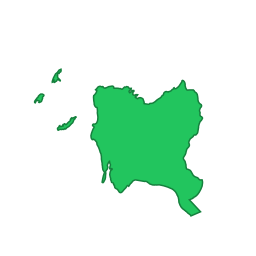 the district of Ilha De Moçambique, Nampula, Mozambique, rotated 200°
{"feature_id": "85939544B37446089230364", "entity_name": "Ilha De Moçambique", "entity_type": "district", "adm_level": 2, "iso_a3": "MOZ", "parent_name": "Mozambique", "parent_adm1": "Nampula", "projection": "equal_earth", "projection_center": [40.649, -15.056], "detail": "fine", "context": "isolated", "style": "filled", "palette": "green", "viewbox_px": 256, "rotation_deg": 200, "n_neighbors": 0, "source": "geoboundaries", "source_scale": "gbopen_adm2", "svg_char_len": 5893}
<svg xmlns="http://www.w3.org/2000/svg" viewBox="0 0 256 256"><g transform="rotate(200 128 128)"><path d="M91.1,190.9L92.2,191.4L93.0,191.4L93.4,191.0L93.2,189.8L94.4,184.8L94.8,183.9L95.8,182.2L96.4,181.4L97.2,181.0L97.9,181.0L98.4,181.6L98.8,181.2L98.6,180.2L99.5,179.5L100.4,177.5L101.1,176.8L102.4,175.9L102.5,175.6L103.2,175.5L104.4,175.4L105.3,174.9L106.1,173.7L106.3,172.8L106.1,171.4L106.2,171.0L106.9,170.4L107.4,168.6L107.7,167.7L109.4,165.6L110.6,163.9L111.4,162.2L112.9,160.2L113.9,159.4L115.8,158.6L116.3,157.6L117.1,157.2L121.1,156.4L121.3,156.6L121.5,157.3L121.7,157.8L123.4,159.9L124.1,160.6L125.4,160.8L126.5,160.8L127.6,160.4L128.4,159.8L128.8,159.0L129.1,158.8L129.6,158.8L130.1,159.2L131.3,159.1L131.6,159.3L131.7,159.7L131.7,160.2L130.8,161.1L130.4,161.7L130.3,162.6L132.0,162.1L132.5,161.5L133.3,161.0L134.0,160.9L134.9,161.1L135.2,161.7L135.2,162.1L135.4,162.6L135.9,162.9L135.9,163.4L135.3,163.8L135.0,164.4L135.3,165.2L135.9,165.1L136.9,164.6L137.5,163.9L137.7,162.8L138.2,161.8L138.5,161.7L139.4,162.4L139.6,163.2L139.3,163.7L139.0,164.5L138.3,165.5L138.5,166.4L139.8,165.8L140.5,165.8L141.2,166.1L141.7,166.6L143.4,166.5L144.3,165.5L145.3,165.3L146.6,162.6L147.0,162.3L148.6,162.5L150.0,162.0L150.8,162.0L154.7,160.6L155.2,160.8L155.3,161.4L155.7,161.9L156.3,162.1L157.2,162.0L160.4,160.2L161.8,158.7L162.6,158.2L162.7,157.8L163.4,157.5L165.0,157.6L165.6,158.3L166.2,158.2L166.9,157.7L168.4,157.7L169.3,157.2L170.0,156.5L170.5,155.7L170.7,154.6L171.6,152.8L171.4,152.7L170.2,152.7L170.0,151.8L170.0,150.5L170.2,149.4L170.8,147.6L171.3,146.7L171.0,145.3L169.6,142.1L168.5,140.2L167.7,138.4L166.5,137.2L165.7,136.7L165.0,136.5L164.3,136.7L163.8,136.3L162.5,133.5L162.0,131.7L160.0,128.0L159.3,125.5L159.1,124.2L159.2,121.9L160.1,120.6L161.2,120.0L161.8,119.9L162.2,119.4L162.3,118.6L162.0,118.0L160.8,117.8L160.3,117.4L160.1,116.7L160.4,115.7L160.5,113.9L160.5,110.6L160.2,108.1L159.2,106.1L158.5,105.4L157.7,104.9L157.1,105.0L156.8,105.6L155.7,105.5L154.9,105.3L152.7,104.0L152.3,103.6L151.7,102.3L151.2,101.6L149.5,100.2L148.1,98.7L146.6,96.8L145.9,95.8L144.5,94.4L143.1,91.8L142.3,89.6L140.1,85.8L139.7,84.6L139.0,83.5L138.6,82.5L137.3,80.2L136.4,79.4L135.1,78.5L134.9,78.0L134.8,74.8L134.4,71.6L133.8,68.2L133.3,68.0L132.8,68.1L132.6,68.3L132.4,68.9L132.0,72.0L132.2,73.6L133.0,76.2L133.3,77.7L134.1,79.3L134.1,80.0L133.4,82.5L133.5,84.3L134.6,85.6L134.7,86.5L134.6,88.3L134.3,89.4L134.3,90.1L134.0,90.4L132.9,88.5L132.0,87.7L131.8,87.1L131.7,85.3L131.2,83.4L130.7,83.4L130.1,84.0L129.3,84.3L128.8,84.0L128.8,83.6L129.4,82.7L129.7,82.1L129.7,81.2L129.6,79.9L129.2,77.9L127.7,75.5L127.1,74.8L126.5,73.3L125.8,72.8L125.1,71.6L124.7,71.3L123.2,71.3L122.2,70.4L122.2,69.9L121.8,69.6L121.1,69.4L120.9,69.1L120.6,68.3L119.9,67.5L119.3,67.1L116.9,66.7L114.1,64.7L113.2,64.6L112.5,64.9L112.0,65.4L111.5,66.3L110.6,68.8L109.6,71.0L109.1,73.2L108.5,73.9L107.4,73.5L106.6,76.7L106.2,77.2L105.1,80.2L103.7,81.5L103.1,81.8L93.9,83.5L93.1,84.0L91.6,84.0L91.2,83.7L89.7,83.4L88.7,82.9L85.5,82.9L83.5,83.5L82.9,83.9L81.9,84.1L79.2,85.3L74.8,85.9L70.5,86.1L65.5,85.8L65.1,85.6L64.6,85.6L62.2,84.6L60.7,83.7L60.4,83.3L59.4,82.5L59.0,81.8L58.4,81.6L57.7,80.7L57.2,80.3L55.7,77.8L54.7,75.6L52.7,73.3L50.8,71.7L48.8,70.7L47.7,70.5L46.7,70.0L46.1,70.0L45.2,69.5L44.7,69.5L42.4,68.4L41.9,68.4L41.0,68.0L39.9,67.8L38.8,66.9L31.2,74.1L45.8,81.5L43.4,83.7L43.1,84.4L42.5,84.8L42.4,85.5L41.4,86.5L40.5,87.9L39.7,89.8L39.1,92.1L38.6,95.4L38.5,98.7L39.2,102.0L39.8,103.4L40.6,104.6L42.3,103.9L43.3,103.9L45.5,105.1L48.2,105.1L49.4,105.4L50.6,105.9L54.1,108.9L55.2,109.5L57.3,109.7L58.6,109.5L59.4,110.1L60.4,111.8L60.9,113.2L61.6,114.1L63.0,116.2L65.2,117.7L65.6,118.4L65.8,119.3L65.1,122.7L65.1,124.4L65.4,125.9L65.3,126.4L65.5,127.4L65.5,128.2L65.2,129.2L64.4,131.3L64.3,132.4L64.7,133.5L65.1,134.1L65.6,134.4L65.9,135.2L66.1,136.3L66.0,137.7L65.8,139.1L63.9,142.2L63.8,143.0L63.6,143.7L63.1,144.3L61.9,144.6L61.0,146.8L61.0,147.8L61.4,150.0L61.9,152.7L62.3,153.8L62.5,156.2L62.4,158.8L61.7,160.1L61.3,162.4L61.5,163.0L62.5,163.7L63.9,163.9L64.7,164.6L65.1,165.5L65.5,167.1L66.6,168.4L66.9,169.2L66.9,171.5L66.3,173.1L66.5,174.2L67.2,175.0L69.2,175.5L70.9,176.8L71.9,178.3L72.3,179.4L73.2,181.2L74.5,183.4L75.1,183.7L75.7,184.3L76.9,184.6L77.9,185.0L78.5,185.6L79.6,186.1L83.8,184.6L84.7,184.0L85.9,184.0L87.5,185.4L88.9,187.5L89.3,188.8L90.3,190.2L91.1,190.9ZM193.3,106.4L193.4,104.9L194.1,103.9L194.0,103.1L193.2,102.1L192.7,102.1L191.5,103.4L191.0,103.6L190.1,103.7L189.5,104.2L187.8,104.7L187.3,105.7L187.1,105.8L186.6,105.6L186.2,105.8L185.6,107.3L184.0,109.3L182.4,113.0L181.8,113.9L181.7,114.8L181.6,117.5L181.0,118.4L181.1,118.6L180.8,119.8L180.5,120.4L180.8,120.7L181.4,120.5L181.7,119.9L183.0,118.8L183.5,118.2L183.8,117.9L183.9,118.3L184.3,118.4L184.7,117.8L185.1,116.4L184.8,115.9L184.7,115.2L186.1,112.8L187.2,110.1L188.0,109.9L188.5,110.3L189.1,110.3L189.6,109.5L190.2,109.1L190.4,108.1L189.7,108.0L189.7,107.5L190.7,107.1L191.2,106.5L191.7,106.3L192.2,106.5L192.4,106.3L192.9,106.9L193.3,106.4ZM215.2,149.4L215.1,145.8L214.8,145.1L214.4,145.5L214.5,147.3L214.5,147.9L214.1,147.9L213.8,147.5L213.6,146.3L213.4,145.9L212.9,145.6L212.4,146.0L212.1,146.6L211.2,147.7L211.1,148.6L210.6,149.5L210.2,149.6L207.9,149.0L207.8,149.3L208.3,149.9L211.3,151.3L211.8,152.2L211.9,153.0L212.4,153.2L212.4,155.1L211.9,155.6L211.4,155.7L211.4,156.8L210.5,157.6L210.4,158.6L210.7,159.6L211.1,160.3L212.6,158.8L213.4,156.0L214.6,154.0L215.2,149.4ZM223.9,124.5L224.7,121.9L224.8,120.9L224.4,120.0L223.7,120.0L223.6,121.4L223.5,122.1L223.0,122.9L222.7,123.0L222.6,122.9L222.2,122.8L221.3,123.0L220.6,123.0L220.4,122.3L220.5,121.6L220.1,121.6L219.7,122.2L219.0,122.5L218.4,123.5L218.4,126.7L218.9,127.7L218.2,129.3L218.2,130.0L218.6,130.4L220.1,130.6L221.5,130.1L221.9,129.6L222.2,129.2L223.1,127.3L223.0,126.6L223.7,125.2L223.9,124.5Z" fill="#22c55e" stroke="#15803d" stroke-width="1.5"/></g></svg>